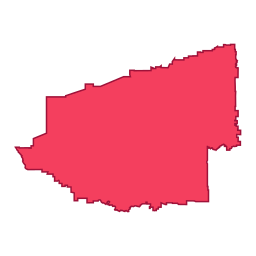 West Arthur, Western Australia, Australia
{"feature_id": "25037944B89790845522775", "entity_name": "West Arthur", "entity_type": "district", "adm_level": 2, "iso_a3": "AUS", "parent_name": "Australia", "parent_adm1": "Western Australia", "projection": "albers", "projection_center": [116.778, -33.44], "detail": "fine", "context": "isolated", "style": "filled", "palette": "rose", "viewbox_px": 256, "rotation_deg": 0, "n_neighbors": 0, "source": "geoboundaries", "source_scale": "gbopen_adm2", "svg_char_len": 5679}
<svg xmlns="http://www.w3.org/2000/svg" viewBox="0 0 256 256"><path d="M139.6,206.6L140.3,205.7L140.3,205.2L141.4,204.6L142.3,203.8L146.0,203.8L146.0,202.2L147.0,202.2L147.0,204.0L150.5,204.0L150.5,206.6L149.5,206.6L149.5,208.4L150.1,208.4L150.1,207.2L153.0,207.2L153.0,210.5L154.1,210.5L154.6,210.7L155.4,210.5L156.3,210.5L156.3,209.1L156.5,209.0L158.3,209.0L158.3,207.2L161.1,207.2L161.1,202.8L163.6,203.9L165.0,204.2L165.2,204.5L166.5,204.5L166.5,202.8L168.8,202.8L172.3,202.8L172.4,203.3L177.6,203.3L178.4,204.4L186.6,204.5L186.6,200.8L194.3,200.9L195.7,201.6L208.5,201.6L208.5,190.0L207.9,190.0L207.9,186.5L207.4,186.5L207.4,163.7L206.9,163.1L206.8,161.4L207.4,160.4L207.4,146.5L207.6,146.5L207.8,146.8L207.7,147.0L207.9,147.1L207.7,147.5L208.0,147.5L208.3,147.8L208.6,148.1L208.9,147.9L209.2,147.3L209.5,147.5L209.5,147.8L209.9,148.1L209.9,148.3L210.5,148.7L210.6,148.4L211.5,148.2L211.7,147.8L212.0,147.8L212.1,148.0L212.3,148.1L212.2,148.3L212.6,148.4L212.8,149.1L213.0,149.4L214.1,149.5L214.3,149.8L215.2,149.8L216.0,149.9L216.1,150.1L216.3,149.9L216.4,149.6L216.9,149.3L217.2,148.7L217.7,148.6L218.3,148.1L218.3,147.8L218.8,147.7L219.0,147.3L219.4,147.4L219.6,147.2L219.3,146.8L219.7,146.5L219.7,146.3L220.4,145.9L220.5,145.8L220.8,145.9L221.1,145.8L221.3,145.5L222.0,145.2L222.2,144.7L222.5,144.7L223.0,144.7L223.4,144.3L223.9,144.3L224.0,144.4L223.8,144.6L224.4,144.8L224.2,145.1L224.5,145.6L224.5,146.0L224.7,145.9L225.0,145.6L225.3,145.6L225.2,145.8L225.3,146.0L225.3,146.4L225.8,146.3L226.6,146.5L226.7,150.1L229.8,150.1L229.8,148.6L230.7,148.6L231.4,148.4L231.8,147.5L231.8,146.9L232.1,146.9L232.9,146.5L233.3,146.4L233.6,146.2L234.3,146.5L236.6,146.2L236.6,145.2L240.4,145.2L240.4,141.5L238.1,141.5L238.2,137.3L236.7,137.3L236.7,134.5L240.6,134.6L240.6,130.3L237.7,130.3L237.7,129.2L238.0,129.2L238.0,126.2L236.2,126.2L236.2,125.1L234.9,125.1L234.9,123.6L237.2,123.6L237.2,120.7L234.8,120.7L234.8,120.3L235.5,119.9L235.8,119.6L235.8,116.5L238.1,116.5L238.1,110.6L235.1,110.6L235.1,106.4L235.6,106.4L235.5,95.9L235.7,91.4L235.2,91.4L235.2,86.9L235.0,80.4L235.1,77.5L238.0,77.5L238.1,68.2L238.0,67.7L237.9,67.7L237.1,67.9L236.5,67.8L236.1,67.3L235.7,67.3L235.6,67.1L235.5,66.8L235.5,66.5L235.8,66.5L235.9,66.0L236.5,65.7L236.6,65.1L236.0,64.9L235.7,64.8L235.5,64.1L235.6,63.8L236.2,63.6L236.5,63.8L236.5,63.1L236.3,62.8L236.4,62.5L236.6,62.2L237.2,62.0L237.1,61.7L236.6,61.4L237.2,60.7L236.6,60.4L236.3,60.1L236.5,59.7L236.1,59.1L235.7,58.9L235.7,54.7L236.1,54.7L236.1,51.7L235.3,51.7L235.3,49.4L234.7,49.4L234.7,44.4L230.5,44.4L230.5,45.2L228.0,45.0L226.9,45.2L225.2,44.6L223.6,44.6L223.6,47.0L217.4,47.0L217.4,46.4L215.5,47.7L214.6,47.9L214.6,49.3L213.8,49.3L213.8,49.5L212.3,49.5L212.3,50.7L203.0,50.7L203.0,52.4L200.4,52.4L200.4,52.0L197.5,52.0L197.5,55.9L192.9,55.9L192.9,56.1L188.5,56.1L188.5,57.8L183.9,57.8L183.9,59.9L178.7,59.9L174.5,59.8L174.5,58.5L172.3,61.6L172.3,64.1L169.6,64.1L168.1,67.7L161.1,67.6L161.1,65.7L160.0,66.6L160.0,66.9L155.7,66.9L155.7,68.5L152.8,68.5L153.1,67.9L151.0,67.1L151.0,70.6L134.2,70.7L134.2,70.3L129.8,70.3L129.8,74.6L130.4,76.7L123.6,76.7L100.5,86.4L93.3,86.4L93.3,84.1L85.3,84.1L85.3,89.2L65.7,95.7L65.7,96.9L46.5,96.9L46.5,133.2L33.4,138.6L33.4,145.8L31.1,145.8L31.1,148.1L29.3,148.1L29.4,147.8L19.2,147.9L19.2,147.2L15.4,147.2L15.6,147.7L16.3,148.2L16.4,148.5L16.7,149.1L16.8,149.5L17.0,150.0L17.9,150.6L18.2,151.1L18.2,151.9L18.6,152.5L19.3,152.8L20.3,154.2L20.5,154.4L20.8,154.4L21.0,154.9L21.2,155.3L21.9,155.7L21.8,156.0L21.5,156.4L21.5,156.7L22.7,158.4L22.8,159.6L23.1,160.2L23.1,160.5L22.7,160.8L22.6,161.0L23.0,161.7L23.1,162.4L23.4,162.7L23.7,163.3L24.2,163.8L24.5,164.4L25.1,164.7L25.3,165.1L25.3,166.8L25.1,167.4L25.3,168.0L25.8,168.5L26.6,169.1L27.2,169.2L27.7,169.6L42.0,169.5L42.0,171.9L47.9,171.9L47.2,174.1L53.0,174.1L53.0,176.7L54.6,176.7L54.6,181.1L55.7,181.0L57.3,181.1L58.2,180.6L59.3,180.2L59.2,180.3L59.2,183.4L61.9,183.5L61.9,186.4L65.1,186.4L65.1,185.3L67.4,185.3L67.4,187.0L71.0,187.0L71.1,192.2L71.8,192.2L72.3,192.5L73.0,192.5L74.2,192.9L74.2,200.7L77.7,200.7L77.7,198.3L87.0,198.3L87.0,202.8L93.3,202.7L93.3,201.0L98.1,201.0L98.1,200.7L98.4,200.2L99.5,199.9L100.2,200.0L100.5,200.2L100.6,200.4L100.7,200.7L101.2,201.5L101.4,201.9L101.4,202.1L101.6,202.3L102.7,203.0L103.2,202.8L103.5,202.8L104.4,203.4L105.2,203.8L105.5,204.3L105.4,204.3L105.7,204.4L105.9,204.4L106.0,204.2L106.5,203.3L107.2,202.6L107.5,201.6L108.2,201.3L108.8,201.5L108.9,201.3L109.5,201.6L109.5,202.1L108.9,202.9L108.3,203.6L108.2,203.6L108.2,204.2L107.9,204.4L107.8,204.2L107.7,204.3L107.8,204.5L108.1,204.7L109.1,205.0L109.4,205.2L109.6,204.9L109.9,205.1L110.9,204.9L110.7,205.0L110.8,205.1L112.1,204.9L112.2,205.2L112.4,205.9L112.7,206.4L113.0,206.4L113.3,206.1L113.8,206.2L114.0,206.1L114.2,206.3L114.5,206.3L114.5,206.2L115.2,206.4L115.5,207.0L115.4,207.6L115.4,207.9L115.3,208.5L114.8,209.3L114.6,209.5L114.7,209.9L115.0,210.0L115.4,209.9L115.7,210.1L116.1,210.1L116.1,209.8L116.4,209.9L116.9,209.8L117.2,209.9L117.3,210.3L117.8,210.6L118.8,210.8L119.0,210.9L118.8,210.9L118.9,211.1L119.4,211.4L119.9,211.1L120.2,210.7L120.6,210.3L121.3,210.6L121.8,210.3L122.1,210.4L124.1,211.3L123.9,211.3L124.8,211.4L124.9,211.0L125.2,210.7L125.7,210.9L126.2,210.6L126.8,211.1L127.2,211.3L127.8,211.2L127.9,211.6L128.7,211.5L128.8,211.2L128.5,210.3L128.6,210.0L128.9,209.5L130.0,209.0L130.0,208.4L130.1,208.2L129.9,208.1L129.8,207.8L130.0,207.4L130.3,207.0L130.5,206.9L130.3,207.1L130.6,207.1L130.6,206.8L131.2,206.3L132.1,206.3L133.3,206.6L134.2,206.2L134.5,205.9L134.7,206.0L135.4,205.8L136.0,205.8L136.5,206.1L137.0,206.1L137.3,206.4L138.3,206.4L139.2,206.8L139.6,206.6Z" fill="#f43f5e" stroke="#9f1239" stroke-width="1.5"/></svg>